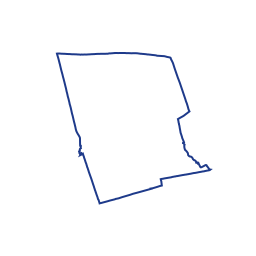 Serbanesti, Olt, Romania (Robinson projection), rotated 109°
{"feature_id": "2599482B90553922422134", "entity_name": "Serbanesti", "entity_type": "district", "adm_level": 2, "iso_a3": "ROU", "parent_name": "Romania", "parent_adm1": "Olt", "projection": "robinson", "projection_center": [24.682, 44.329], "detail": "fine", "context": "isolated", "style": "outline", "palette": "blue", "viewbox_px": 256, "rotation_deg": 109, "n_neighbors": 0, "source": "geoboundaries", "source_scale": "gbopen_adm2", "svg_char_len": 5548}
<svg xmlns="http://www.w3.org/2000/svg" viewBox="0 0 256 256"><g transform="rotate(109 128 128)"><path d="M80.8,219.4L81.4,219.0L83.1,217.8L83.9,217.2L85.8,215.9L89.2,213.7L90.0,213.1L90.7,212.7L95.1,209.9L98.9,207.3L100.8,206.1L103.1,204.5L103.8,204.1L104.8,203.4L109.6,200.3L110.8,199.5L113.5,197.9L114.8,197.0L116.4,196.0L117.6,195.3L119.6,193.9L120.2,193.5L120.7,193.2L122.4,192.1L122.7,191.9L123.9,191.2L124.2,191.0L124.6,190.8L125.6,190.0L126.0,189.8L127.1,189.0L127.9,188.5L131.0,186.6L131.5,186.3L132.5,185.7L134.5,184.3L139.3,181.3L141.7,179.7L143.3,178.7L144.2,178.1L145.6,177.3L146.4,176.8L146.7,176.6L147.2,176.2L147.5,176.0L147.8,175.8L148.0,175.6L148.3,175.3L148.9,174.7L150.0,173.5L150.6,172.7L151.3,171.9L151.8,171.3L152.3,170.8L152.6,170.5L153.1,170.2L153.5,170.0L159.3,167.9L160.5,167.4L160.6,167.2L160.4,167.0L160.3,166.8L160.8,166.6L162.0,166.3L162.3,166.2L162.5,166.0L162.8,166.2L163.4,166.6L163.7,166.6L163.9,166.6L164.6,166.4L165.1,166.2L165.4,166.1L165.5,166.2L165.6,166.5L165.9,166.6L166.2,166.6L166.3,166.6L166.6,166.2L166.8,166.0L167.1,165.9L167.4,165.8L167.4,165.7L167.5,165.5L167.5,165.4L167.9,165.3L168.0,165.2L167.9,165.1L167.6,164.9L167.4,164.8L167.4,164.7L167.0,164.1L166.8,163.9L166.9,163.7L167.0,163.6L167.4,163.8L167.6,163.9L167.9,163.9L168.0,164.0L168.6,164.1L169.1,164.2L168.9,164.0L168.6,163.7L168.4,163.5L168.0,162.9L167.9,162.7L167.7,162.5L167.4,162.4L167.1,162.2L167.4,162.0L168.4,161.3L169.6,160.3L170.4,159.8L170.9,159.4L171.5,158.9L172.8,157.9L173.8,157.2L174.4,156.7L175.0,156.2L175.7,155.6L176.5,155.1L177.4,154.4L178.2,153.9L178.8,153.3L179.6,152.7L180.4,152.1L180.9,151.7L182.3,150.7L184.3,149.1L184.8,148.7L185.8,147.9L187.9,146.2L190.4,144.3L191.2,143.7L192.4,142.8L194.2,141.4L194.7,141.0L195.2,140.7L197.0,139.3L197.4,139.1L197.6,138.9L198.5,138.1L199.4,137.5L199.9,137.0L200.4,136.7L201.4,135.9L201.9,135.5L203.0,134.6L203.5,134.2L204.0,133.9L204.4,133.6L205.1,133.1L205.3,132.8L205.4,132.7L205.5,132.5L205.7,132.3L206.0,132.1L206.4,131.8L207.8,130.8L208.0,130.6L208.5,130.3L208.2,129.9L207.8,129.2L203.8,123.3L202.5,121.5L199.7,117.2L199.0,116.5L198.7,115.9L197.5,113.9L196.4,112.5L195.4,111.2L194.4,109.8L190.5,104.3L188.6,101.9L187.6,100.4L185.8,97.7L177.9,86.2L177.7,86.5L176.9,85.0L174.9,82.2L173.5,80.3L172.7,79.3L171.4,77.3L170.8,77.6L168.9,78.5L168.1,78.9L167.5,79.2L167.0,79.6L165.7,80.4L165.5,80.1L165.3,79.8L164.9,79.0L164.4,78.1L163.9,77.3L163.3,76.2L162.1,74.0L161.4,72.7L160.6,71.2L159.8,70.1L159.2,69.0L158.6,68.0L158.4,67.5L158.0,66.9L157.6,66.2L157.3,65.5L156.7,64.5L155.5,62.4L154.7,61.0L154.4,60.4L153.5,58.8L153.1,57.9L152.6,57.1L152.1,56.1L151.6,55.3L150.8,53.8L149.8,52.2L149.6,51.8L149.3,51.4L148.9,50.5L148.4,49.5L147.3,47.6L146.8,46.8L145.6,44.6L145.3,44.1L144.8,43.3L144.5,42.6L144.2,42.0L143.7,41.3L143.3,40.6L142.7,39.6L142.4,39.1L142.1,38.5L141.7,37.8L141.4,37.3L141.2,37.0L140.8,36.8L140.5,36.6L140.6,37.2L140.5,37.7L139.1,39.7L139.0,39.8L138.7,40.3L138.4,40.9L138.3,41.0L137.9,41.3L137.7,41.5L137.6,41.9L137.7,42.4L137.8,42.5L138.2,43.0L138.9,43.6L140.6,45.2L141.1,45.7L141.3,46.0L141.5,46.3L141.5,46.5L141.4,46.8L140.1,48.2L139.9,48.4L139.1,49.2L138.2,50.0L138.8,50.4L138.0,51.2L138.0,51.6L138.0,51.8L138.3,51.8L138.6,52.0L138.6,52.3L138.0,52.5L137.5,52.8L137.3,53.1L136.9,54.0L136.8,54.6L136.9,55.0L136.5,56.0L136.4,56.3L135.2,57.5L134.9,58.0L134.8,58.5L134.6,59.1L134.6,59.4L134.7,59.9L134.8,60.3L134.8,60.6L134.7,60.9L134.6,61.3L134.2,62.1L134.0,62.3L133.4,62.6L132.9,62.9L132.5,63.1L132.1,63.4L131.9,63.7L131.1,64.8L130.8,65.4L130.4,66.1L130.2,66.8L130.0,67.0L129.4,67.5L128.9,67.8L128.4,68.2L128.2,68.3L127.2,68.7L126.7,69.0L126.3,69.1L125.9,69.1L125.5,69.0L125.4,69.0L125.2,69.2L124.6,70.3L124.4,70.5L124.4,71.0L124.0,71.1L123.9,71.0L123.3,70.4L122.9,70.7L122.0,71.5L121.1,72.3L119.9,73.4L118.8,74.1L116.8,75.6L115.4,76.7L113.2,77.9L111.1,79.1L109.4,80.0L108.7,80.4L108.1,80.9L107.6,81.1L107.3,81.2L106.6,81.8L105.8,82.2L105.2,82.5L103.9,83.3L103.3,83.7L100.9,81.6L99.9,80.7L98.9,79.8L98.4,79.4L98.0,79.1L96.5,78.1L92.3,75.3L91.5,76.1L90.6,76.9L88.5,78.3L85.6,80.4L84.1,81.7L83.3,82.3L82.3,83.0L72.2,90.8L68.2,93.9L64.6,96.9L64.3,97.2L63.9,97.5L63.5,97.8L58.4,101.8L56.2,103.5L53.1,105.8L52.3,106.4L51.8,106.8L51.0,107.6L50.6,108.0L50.2,108.4L49.8,108.8L49.5,109.2L48.8,109.8L48.6,110.0L48.2,110.3L47.8,110.6L47.7,110.8L47.7,111.3L47.8,112.4L48.0,113.7L48.1,114.4L48.1,115.0L48.2,116.4L48.2,116.7L48.3,117.0L48.6,118.4L48.9,119.3L49.1,120.1L49.9,123.0L50.2,124.0L50.2,125.1L50.6,127.1L50.9,128.3L51.0,128.9L51.2,129.5L51.3,130.3L51.6,131.5L51.9,132.9L52.1,133.4L52.4,135.1L53.0,137.6L53.4,139.1L53.5,139.8L53.7,140.2L53.9,141.3L54.3,143.4L54.5,144.0L54.6,144.5L54.8,145.2L55.1,146.1L55.5,147.2L55.7,147.8L56.1,148.7L56.4,149.7L57.0,151.8L57.5,153.2L57.8,154.1L58.0,155.0L59.2,158.6L59.5,159.4L59.9,160.5L60.5,162.2L60.7,163.0L61.2,164.4L61.4,164.7L61.5,165.2L61.6,165.3L62.2,166.7L62.5,167.3L62.7,167.8L63.0,168.5L63.2,168.9L63.6,170.1L63.8,170.4L64.0,170.7L64.4,171.4L64.5,171.7L65.2,173.6L65.8,175.2L66.0,175.8L66.5,177.3L67.1,178.9L67.5,180.1L67.8,180.8L68.1,181.6L68.9,183.5L69.2,184.1L69.5,185.0L69.9,185.9L70.1,186.5L70.4,187.2L70.8,188.1L71.3,189.4L71.6,190.1L71.9,190.8L72.2,191.6L72.6,192.9L72.8,193.3L73.1,194.1L73.3,194.6L73.4,194.9L73.5,195.3L73.8,196.2L74.1,196.6L74.2,197.3L74.4,198.0L74.7,199.1L74.9,199.7L75.0,200.1L75.2,200.9L75.9,203.1L76.2,204.1L76.6,205.3L76.8,206.1L77.0,206.9L77.9,209.8L78.1,210.7L78.5,212.1L78.8,213.1L79.4,215.0L79.6,215.9L80.0,217.4L80.6,219.0L80.8,219.4Z" fill="none" stroke="#1e3a8a" stroke-width="2"/></g></svg>